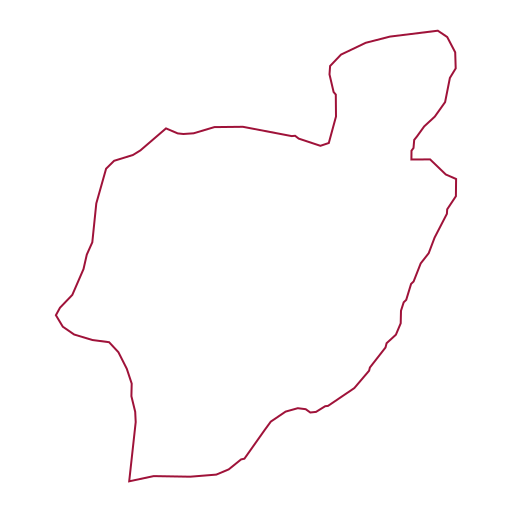 San Jacinto, Chiquimula, Guatemala (Mercator projection)
{"feature_id": "79465075B29365665250893", "entity_name": "San Jacinto", "entity_type": "district", "adm_level": 2, "iso_a3": "GTM", "parent_name": "Guatemala", "parent_adm1": "Chiquimula", "projection": "mercator", "projection_center": [-89.507, 14.679], "detail": "fine", "context": "isolated", "style": "outline", "palette": "rose", "viewbox_px": 512, "rotation_deg": 0, "n_neighbors": 0, "source": "geoboundaries", "source_scale": "gbopen_adm2", "svg_char_len": 1197}
<svg xmlns="http://www.w3.org/2000/svg" viewBox="0 0 512 512"><path d="M166.0,128.4L140.4,150.4L132.9,155.0L114.1,160.8L106.1,168.7L96.3,203.4L92.3,242.3L86.8,254.6L83.5,269.1L72.3,294.9L60.0,307.7L55.9,315.2L62.8,326.7L74.1,334.5L92.3,340.0L109.1,342.2L118.4,352.2L126.8,368.8L131.7,383.6L131.4,396.2L135.2,411.8L135.7,422.1L129.2,481.3L153.7,476.1L190.2,476.7L216.3,474.6L228.7,469.4L241.1,459.4L244.4,458.7L264.6,430.1L270.8,421.6L285.6,411.6L297.8,408.2L305.7,409.2L310.3,412.5L316.0,411.9L325.2,406.2L328.0,405.9L354.3,388.1L369.1,370.7L369.9,367.5L385.5,347.5L386.6,343.2L395.9,334.7L400.7,323.3L401.0,310.7L403.7,302.3L406.2,299.9L411.1,283.9L413.6,281.5L420.7,263.4L428.7,253.2L434.6,237.6L446.9,213.8L447.2,209.3L455.9,196.2L456.1,179.0L445.8,174.5L430.1,159.4L411.4,159.5L411.5,150.7L413.5,148.0L414.2,139.9L417.0,136.4L424.2,126.4L434.8,116.6L445.1,102.1L449.9,77.9L455.7,68.4L455.2,52.3L447.2,37.0L437.8,30.7L389.9,36.6L365.7,42.8L341.0,54.6L330.1,66.0L329.5,74.4L333.6,92.0L335.8,94.6L336.0,116.5L328.8,143.0L320.4,145.8L298.7,138.6L295.1,135.8L291.7,136.1L242.9,126.8L214.4,127.1L193.6,133.3L183.4,134.0L177.7,133.4L166.0,128.4Z" fill="none" stroke="#9f1239" stroke-width="2"/></svg>